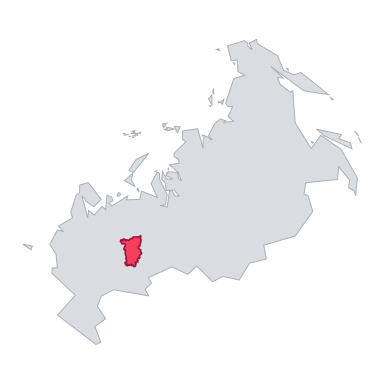 location of Perm' within Russia
{"feature_id": "RUS-3200", "entity_name": "Perm'", "entity_type": "Territory", "adm_level": 1, "iso_a3": "RUS", "parent_name": "Russia", "parent_adm1": "", "projection": "orthographic", "projection_center": [56.51, 58.891], "detail": "fine", "context": "in_parent", "style": "filled", "palette": "rose", "viewbox_px": 384, "rotation_deg": 0, "n_neighbors": 0, "source": "natural_earth", "source_scale": "10m", "svg_char_len": 7857}
<svg xmlns="http://www.w3.org/2000/svg" viewBox="0 0 384 384"><path d="M357.3,177.8L355.7,195.8L354.3,191.1L348.6,187.7L349.6,180.0L338.6,166.7L337.6,179.5L305.7,182.7L304.0,194.2L308.0,195.5L312.8,211.4L295.3,235.9L263.7,245.2L266.4,259.0L249.7,263.1L239.2,280.0L222.8,276.4L212.6,281.7L196.8,266.0L187.7,274.3L171.8,267.0L148.4,277.6L151.6,282.9L145.1,289.2L148.6,295.8L113.7,289.8L101.4,296.0L97.3,306.1L105.6,318.7L94.9,326.6L100.7,341.9L96.1,344.5L57.5,315.1L75.3,295.2L52.0,273.4L52.2,268.1L57.3,267.7L56.1,254.6L49.8,244.3L57.5,230.0L63.1,231.5L58.6,226.0L72.5,217.7L70.8,212.1L76.1,195.5L79.6,192.4L79.7,185.1L88.3,182.5L101.1,199.2L93.9,206.7L86.1,201.5L84.0,197.6L82.1,196.5L87.7,217.8L88.6,210.3L94.1,215.2L102.1,206.2L105.6,209.7L107.0,195.2L111.8,197.1L112.8,200.8L108.8,202.5L111.5,206.3L127.8,195.9L126.5,199.8L139.7,199.4L141.5,191.1L157.3,197.4L151.1,183.4L157.1,172.2L159.5,172.9L159.7,179.7L167.1,194.4L165.5,204.9L160.0,205.5L167.2,207.0L169.4,191.7L171.7,190.3L175.2,196.1L179.0,195.9L174.1,190.0L166.4,190.6L165.2,183.2L161.8,179.2L162.4,171.5L166.5,178.9L171.4,179.3L172.5,178.8L165.9,175.5L168.8,171.8L177.4,172.4L178.5,178.5L181.2,180.4L178.2,172.3L169.5,164.8L179.2,163.3L178.5,159.4L174.0,156.6L174.1,153.4L185.9,141.8L182.7,139.6L182.5,130.9L197.7,128.7L203.2,148.5L203.2,138.7L206.0,136.1L210.9,139.5L211.8,139.9L212.2,139.5L208.3,136.0L215.0,123.2L220.5,118.9L225.8,120.9L223.3,122.3L233.4,121.3L228.1,116.5L232.6,106.6L228.1,106.6L225.5,103.5L233.8,78.7L244.9,75.2L237.9,71.6L237.2,59.7L231.2,60.8L227.5,45.8L244.0,40.8L247.8,42.8L247.8,46.1L252.2,49.8L249.2,43.0L256.5,39.5L257.4,43.7L277.5,55.7L283.6,70.2L293.9,75.0L300.9,72.5L328.6,94.6L303.9,90.8L270.9,66.5L283.4,78.1L277.4,77.3L280.2,84.4L290.2,92.1L292.8,90.6L295.1,122.6L311.2,148.6L320.9,135.2L341.1,149.4L357.3,177.8ZM148.7,153.4L133.3,172.8L128.9,170.3L136.3,159.3L148.7,153.4ZM316.4,129.1L341.4,134.6L338.8,138.5L350.5,143.0L351.9,148.8L325.4,136.4L316.4,129.1ZM124.4,180.7L133.0,173.4L131.1,180.2L135.2,186.6L124.4,180.7ZM211.9,105.1L208.4,98.8L211.9,94.9L211.9,105.1ZM166.9,127.2L174.6,129.0L167.4,130.7L166.9,127.2ZM162.6,124.1L166.8,123.3L163.4,127.7L162.6,124.1ZM174.4,126.4L180.1,126.8L177.5,133.0L174.4,126.4ZM213.7,94.2L212.5,91.4L213.7,88.6L213.7,94.2ZM23.0,244.3L32.3,246.1L31.0,249.8L23.0,244.3ZM126.4,134.8L128.9,134.1L124.0,135.6L126.4,134.8ZM220.4,101.9L223.9,99.4L222.5,104.3L220.4,101.9ZM120.9,194.4L118.0,196.5L117.0,194.8L118.6,192.4L120.9,194.4ZM131.0,133.6L133.1,132.7L134.2,133.7L131.0,133.6ZM138.1,133.3L137.3,135.5L135.6,134.8L135.9,133.4L138.1,133.3ZM140.2,133.5L138.4,133.3L140.8,132.5L140.2,133.5ZM137.8,188.0L139.3,192.0L136.8,189.1L137.8,188.0ZM166.6,128.6L166.0,130.3L164.3,129.6L166.6,128.6ZM132.3,131.1L134.8,130.5L133.9,132.0L132.3,131.1ZM218.8,48.8L219.6,50.6L216.4,49.6L218.8,48.8ZM124.6,133.3L126.1,134.1L122.8,133.7L124.6,133.3ZM156.9,170.8L154.4,171.9L156.9,170.6L156.9,170.8ZM202.4,135.0L205.0,135.7L202.8,136.2L202.4,135.0ZM233.2,62.2L234.9,63.7L234.4,64.6L233.2,62.2ZM134.9,136.1L133.6,135.4L135.7,136.0L134.9,136.1ZM134.4,132.0L135.3,133.5L133.7,132.6L134.4,132.0ZM354.6,130.7L356.2,132.4L358.4,136.0L354.6,130.7ZM132.7,136.0L133.6,137.4L132.4,137.2L132.7,136.0ZM168.5,171.4L167.0,173.0L166.5,173.0L168.5,171.4ZM288.0,68.5L288.2,70.4L286.6,68.5L288.0,68.5ZM218.3,101.6L220.0,102.7L218.5,102.8L218.3,101.6ZM311.0,141.5L313.4,142.3L312.6,143.3L311.0,141.5ZM329.8,96.7L333.2,99.7L332.4,100.0L329.8,96.7ZM130.7,136.3L129.5,136.7L129.1,136.3L130.7,136.3ZM168.5,167.9L168.7,169.8L168.1,169.4L168.5,167.9ZM210.3,105.6L211.2,106.7L208.9,105.7L210.3,105.6ZM360.5,142.0L358.3,137.1L361.0,142.3L360.5,142.0Z" fill="#d9dde1" stroke="#a8b0b8" stroke-width="1"/><path d="M128.4,265.4L128.4,265.2L127.8,264.8L127.5,264.5L127.4,264.4L127.2,264.2L127.1,264.3L126.9,264.9L126.8,265.1L126.8,265.3L126.7,265.2L126.5,264.7L126.4,264.6L126.2,264.8L126.2,264.6L126.1,264.2L125.9,264.2L125.7,263.9L125.8,263.6L125.8,263.4L125.6,263.4L125.4,263.7L125.1,263.7L125.1,263.4L125.1,263.1L125.0,262.8L125.0,262.7L125.3,262.8L125.4,263.0L125.5,263.1L125.8,262.9L125.9,262.7L125.9,262.2L125.9,261.8L126.1,261.6L126.6,261.6L126.8,261.4L126.5,261.2L126.6,260.9L126.6,260.5L126.6,260.3L126.6,260.2L126.4,260.0L126.2,259.9L126.1,259.6L126.4,259.4L126.5,259.3L126.5,259.1L126.4,259.1L126.2,259.1L126.2,258.8L126.3,258.7L126.2,258.6L126.0,258.8L125.8,258.7L125.7,258.5L125.7,258.4L125.8,258.4L126.1,258.2L126.0,257.9L126.2,257.3L126.2,257.1L126.1,256.6L126.1,256.3L126.1,256.2L125.8,255.8L125.7,255.6L125.6,255.3L125.6,255.2L125.4,254.9L125.4,254.6L125.5,254.4L125.3,253.9L125.3,253.7L125.3,253.4L125.1,252.8L125.1,252.7L125.2,252.3L125.3,252.2L125.6,252.0L125.7,251.8L125.7,251.7L125.4,251.5L125.3,251.3L125.2,251.0L125.3,250.7L125.6,250.4L125.6,250.2L125.3,249.8L125.2,249.9L125.2,250.1L124.6,249.7L124.4,249.8L124.4,249.7L124.2,249.5L123.9,248.9L123.9,248.5L123.9,248.4L124.2,248.1L124.3,247.8L124.4,247.4L124.6,246.8L125.0,246.7L125.2,246.0L125.3,245.4L125.4,245.1L125.2,244.3L125.1,244.2L124.8,243.9L124.7,244.0L122.0,243.8L121.6,243.6L121.8,242.8L121.8,242.5L121.6,242.4L121.3,242.3L121.3,242.2L121.3,241.9L120.4,241.5L120.8,240.0L122.0,240.3L122.2,239.6L123.2,239.8L123.5,239.0L124.7,239.3L124.8,239.4L124.8,239.5L124.6,240.0L125.9,240.4L126.0,239.9L126.0,239.7L129.0,240.4L129.3,239.7L129.5,239.7L129.8,239.4L129.8,239.2L131.0,239.2L131.3,238.4L132.5,238.6L132.7,238.2L132.6,237.9L132.8,237.4L133.0,237.4L133.4,237.0L133.5,237.0L133.6,236.9L134.6,237.1L135.0,236.9L138.9,236.9L139.2,236.8L139.3,236.8L139.3,236.7L139.5,236.6L140.0,236.1L140.5,235.8L140.5,236.0L140.7,236.3L140.7,236.6L140.8,236.8L140.7,237.0L140.8,237.2L140.5,237.6L140.5,237.8L140.4,238.0L140.4,238.3L140.5,238.5L140.7,238.8L140.7,239.1L140.8,239.3L140.8,239.7L140.8,239.8L141.0,239.8L141.0,240.3L141.1,240.6L141.0,240.9L141.0,241.1L140.9,241.6L140.9,241.9L140.8,242.2L140.5,242.5L140.3,243.1L140.4,243.3L140.4,243.5L140.2,244.0L140.2,244.3L140.1,244.5L140.1,244.9L140.1,245.0L139.9,245.1L140.0,245.5L139.6,245.5L139.5,245.9L139.4,245.9L139.2,245.9L138.9,246.7L138.5,246.8L138.4,247.7L138.3,247.9L138.2,248.1L138.7,248.3L138.8,248.3L138.8,248.5L139.0,248.7L139.1,248.9L139.2,249.0L140.1,249.4L140.4,249.6L140.6,249.7L140.6,249.8L140.4,250.5L140.5,250.6L140.7,250.9L140.6,251.1L140.4,251.2L140.4,251.5L140.5,251.9L140.8,252.2L141.0,252.2L141.2,252.3L141.3,252.2L141.5,252.4L141.5,252.5L141.4,252.7L141.4,252.8L141.6,253.3L141.4,253.6L141.1,253.8L141.1,254.1L140.9,254.4L140.6,254.7L140.3,255.0L139.9,255.0L139.7,255.3L139.4,255.6L139.4,255.9L139.2,256.1L139.3,256.3L139.4,256.5L139.6,256.7L139.7,257.0L139.8,257.0L140.0,257.1L140.0,257.4L140.0,257.5L139.9,257.6L139.2,258.4L139.1,258.5L138.9,258.4L138.9,258.1L138.5,257.9L138.3,258.0L138.2,257.9L138.0,258.0L137.9,258.5L137.7,258.5L137.7,258.4L137.6,258.6L137.5,258.8L137.5,259.0L137.4,259.9L137.5,260.0L137.4,260.0L137.6,260.1L137.7,260.4L137.6,260.5L137.7,260.9L137.9,261.0L137.7,261.0L137.8,261.2L137.8,261.3L137.7,261.4L137.7,261.5L137.6,261.4L137.6,261.2L137.5,261.3L137.4,261.4L137.2,261.3L137.1,261.7L137.1,261.9L136.9,261.9L136.9,262.0L136.7,262.0L136.4,262.3L136.0,262.3L135.9,262.1L135.6,262.2L135.5,262.3L135.3,262.6L135.4,262.8L135.5,263.0L135.5,263.3L135.7,263.5L135.9,263.6L135.7,263.9L135.8,264.1L135.6,264.6L135.7,265.0L135.8,265.3L135.7,265.5L135.4,265.6L135.4,265.9L135.2,266.1L135.3,266.2L135.1,266.4L134.7,266.4L134.7,266.5L134.4,266.7L134.2,266.7L134.1,266.4L133.9,266.3L133.8,266.0L133.5,266.0L133.5,265.8L133.3,265.8L133.1,265.5L133.3,265.3L133.3,265.2L133.2,265.2L132.9,265.2L132.7,265.2L132.7,265.3L132.4,265.6L132.2,265.6L131.8,265.7L131.7,265.4L131.5,265.2L131.4,265.1L131.3,264.7L131.2,264.9L130.8,264.8L130.6,264.9L130.2,265.0L129.9,265.3L129.5,265.4L129.3,265.4L129.2,265.3L129.2,265.2L129.1,265.3L129.0,265.5L129.0,265.4L128.9,265.3L128.4,265.4Z" fill="#f43f5e" stroke="#9f1239" stroke-width="1.5"/></svg>